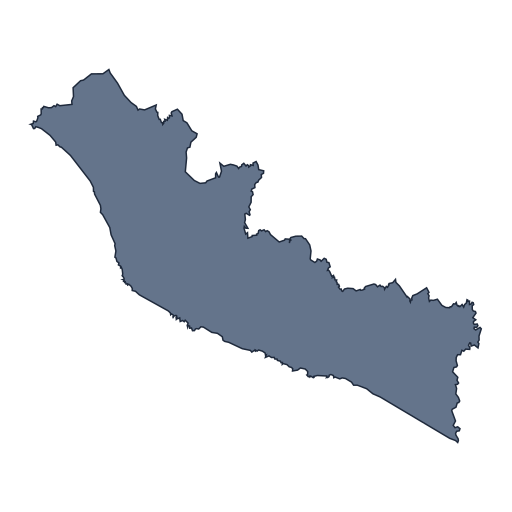 the district of Aquila, Michoacán, Mexico
{"feature_id": "50627088B41221510425691", "entity_name": "Aquila", "entity_type": "district", "adm_level": 2, "iso_a3": "MEX", "parent_name": "Mexico", "parent_adm1": "Michoacán", "projection": "equal_earth", "projection_center": [-103.31, 18.385], "detail": "fine", "context": "isolated", "style": "filled", "palette": "slate", "viewbox_px": 512, "rotation_deg": 0, "n_neighbors": 0, "source": "geoboundaries", "source_scale": "gbopen_adm2", "svg_char_len": 6065}
<svg xmlns="http://www.w3.org/2000/svg" viewBox="0 0 512 512"><path d="M459.7,401.0L458.4,397.4L455.8,393.9L456.6,388.5L455.4,384.6L457.5,384.3L458.6,383.0L457.0,380.3L457.8,377.3L452.6,371.8L453.9,367.5L456.5,366.9L457.4,365.5L456.1,360.8L456.2,357.5L457.6,354.7L460.5,354.7L461.9,350.3L463.8,351.2L465.7,349.1L469.7,349.4L469.9,347.8L468.5,345.2L469.8,342.8L470.7,343.1L471.1,346.1L474.4,345.0L478.0,347.9L478.9,343.6L477.8,342.1L479.1,340.1L479.0,336.0L481.3,328.8L480.0,327.4L475.7,330.0L474.0,328.7L474.3,327.1L476.7,327.4L477.9,325.7L477.2,324.0L474.2,324.4L473.4,323.2L473.5,321.5L475.8,319.8L472.8,317.7L476.0,313.1L475.4,311.5L473.3,311.0L472.3,309.5L472.2,305.8L473.7,304.6L473.2,302.7L472.1,302.3L471.0,304.1L469.5,304.5L469.5,301.1L468.0,301.4L467.9,300.2L467.0,299.7L466.3,303.1L464.6,304.5L463.7,307.1L462.1,304.5L459.9,306.7L458.8,305.7L458.3,306.3L457.1,305.3L456.2,302.5L455.2,304.0L453.5,303.8L451.5,306.7L450.1,306.8L449.6,307.7L445.8,307.5L441.9,305.4L437.4,299.2L433.4,300.4L430.8,300.1L429.4,301.4L428.6,297.9L429.1,295.8L427.8,293.6L429.0,292.4L426.6,287.8L417.1,293.9L412.8,295.6L411.7,298.2L412.0,299.9L410.7,300.4L410.4,302.1L409.8,301.0L410.1,299.1L407.4,296.5L407.0,297.0L399.4,285.9L395.9,282.4L395.5,279.4L392.7,282.7L389.1,283.5L388.6,284.4L389.3,285.4L388.7,285.1L387.5,287.3L386.3,286.4L384.6,289.2L384.4,287.7L382.7,286.3L381.1,286.5L380.0,285.1L377.5,286.8L375.6,284.5L373.9,284.0L365.6,286.5L364.2,288.2L364.6,289.1L362.3,290.1L360.7,290.3L360.2,289.5L356.1,290.9L353.1,288.6L347.7,288.2L344.5,289.0L342.7,291.4L341.6,290.8L341.3,289.1L340.1,289.2L338.5,287.1L339.4,286.2L338.6,284.3L337.2,284.4L337.0,282.3L336.2,281.7L336.7,280.0L335.0,279.9L334.5,277.3L333.2,277.5L333.9,276.9L333.5,275.4L331.8,276.4L329.6,271.4L328.6,270.2L327.5,270.4L328.4,268.0L330.2,266.8L328.9,262.6L326.9,262.2L326.2,259.3L324.2,258.3L321.1,261.3L320.1,259.9L317.4,259.0L316.7,261.1L314.9,262.5L310.8,260.0L310.2,258.9L311.0,251.0L309.7,244.9L305.5,238.7L304.0,238.6L301.7,236.1L295.8,236.2L290.9,237.5L290.0,238.7L290.9,240.1L289.7,241.2L289.4,243.1L289.7,240.3L289.1,239.2L285.2,238.9L284.5,240.2L279.2,242.0L270.5,234.6L269.0,231.8L267.2,230.7L265.6,231.6L264.1,229.8L261.5,230.9L260.1,229.8L258.7,230.6L258.1,233.5L256.6,234.1L256.7,235.2L252.2,235.5L252.1,236.6L247.9,238.2L247.5,232.7L245.7,234.1L244.0,228.2L244.3,226.4L245.8,228.2L247.9,228.3L244.6,222.6L245.4,219.5L244.8,214.1L246.2,213.3L249.5,215.3L250.0,214.8L249.1,211.7L250.3,209.7L248.8,206.9L251.1,202.3L251.2,196.7L253.1,194.6L252.5,191.7L251.2,191.2L251.8,189.1L254.9,187.6L254.7,184.5L256.4,182.4L257.8,182.2L258.7,180.1L261.5,177.5L261.3,174.5L263.5,173.3L263.7,170.8L258.7,169.6L258.0,165.1L256.1,161.5L253.0,163.1L253.2,165.4L250.5,164.7L250.6,165.8L248.8,167.0L248.8,165.8L247.3,164.7L246.0,166.0L243.8,163.3L241.7,164.9L241.5,166.5L239.6,167.1L238.6,168.5L236.9,166.1L233.3,164.9L230.4,164.3L223.8,166.3L219.9,163.1L221.5,171.2L219.5,177.1L218.5,177.1L216.4,172.5L215.6,173.8L215.6,177.8L207.0,181.0L205.7,182.8L200.0,183.4L194.3,180.5L185.3,171.8L186.6,158.0L186.1,152.0L187.5,147.9L189.9,147.2L190.9,142.2L196.2,137.3L197.1,133.8L191.8,130.8L186.9,122.8L183.2,120.6L182.0,114.2L177.4,109.2L171.9,111.7L171.2,113.0L172.0,115.9L169.4,115.4L169.4,117.8L168.6,118.4L167.6,117.6L167.3,120.3L164.7,119.3L165.1,121.2L163.6,121.4L163.8,123.1L162.8,124.4L162.6,122.7L161.4,122.6L160.3,119.3L159.2,119.4L157.7,115.6L157.8,112.4L156.9,112.2L155.4,109.0L156.2,105.0L144.6,109.9L139.6,109.0L138.0,110.1L136.4,106.4L131.0,102.5L124.3,95.3L117.5,83.1L110.2,73.0L108.9,69.5L102.9,73.8L91.4,73.9L83.5,80.1L80.6,80.7L73.1,87.7L73.5,96.6L71.7,100.9L72.0,104.4L59.8,105.7L57.1,104.2L55.7,106.6L54.0,105.7L51.5,107.6L48.6,107.8L43.8,106.4L43.4,107.6L42.5,107.6L42.3,108.9L41.1,109.0L41.2,113.7L40.7,114.9L37.7,116.4L37.9,117.8L36.7,121.1L35.9,121.8L33.5,121.1L33.2,123.5L30.7,124.3L31.6,124.6L33.5,128.6L34.7,128.5L35.8,126.7L38.6,127.5L41.5,128.7L50.1,135.4L55.7,142.1L56.1,145.2L57.8,144.8L60.2,147.0L61.3,147.1L70.5,155.5L90.2,181.0L93.4,187.3L93.5,191.4L94.4,191.8L94.6,194.1L100.4,205.3L100.9,208.9L100.4,212.3L102.7,214.7L109.8,227.6L111.1,234.8L115.1,243.7L114.7,245.6L115.9,251.0L114.9,257.2L116.0,258.0L116.9,261.4L118.9,262.9L118.4,264.9L120.6,266.1L120.6,267.8L121.3,267.3L122.2,269.4L122.7,273.6L122.5,275.3L122.1,275.6L122.0,276.0L121.9,276.0L122.9,276.3L124.1,278.4L123.9,279.5L122.9,279.6L124.1,280.2L123.6,281.4L125.1,281.6L124.8,282.6L125.7,282.9L126.1,284.1L127.5,283.8L127.7,285.0L128.9,284.3L131.1,286.3L132.3,288.5L132.2,290.5L135.5,291.3L139.3,294.8L168.1,310.8L170.3,312.8L170.7,314.7L171.4,313.9L173.0,314.8L173.5,316.2L172.9,316.9L173.1,317.4L174.2,315.8L176.0,315.4L176.8,316.1L176.1,317.3L176.3,319.3L177.4,318.1L177.8,318.7L179.7,317.9L180.2,321.5L182.6,320.5L184.2,321.7L185.2,320.2L188.1,323.1L187.2,325.4L187.7,327.3L188.3,325.5L189.6,326.1L189.7,328.2L191.5,328.0L192.5,330.7L194.5,330.6L195.4,329.0L196.6,328.6L198.7,329.0L200.9,326.8L203.4,327.1L211.8,332.4L217.4,333.3L222.3,336.7L223.0,340.2L224.7,341.4L228.7,342.3L242.3,348.7L250.4,350.4L251.8,352.1L254.3,350.4L255.3,351.0L255.3,350.0L257.1,351.1L258.6,350.0L262.5,351.2L265.1,353.0L265.5,355.1L266.3,354.8L265.4,357.4L269.0,355.9L271.5,357.5L274.2,357.4L274.8,359.0L277.1,359.1L277.4,360.4L280.4,361.2L281.1,362.7L282.4,362.5L282.3,364.3L283.1,363.6L287.0,364.6L289.2,366.8L291.4,367.4L292.7,368.7L292.5,371.0L297.6,370.1L300.4,368.0L305.2,369.0L307.7,371.5L307.6,374.6L306.8,375.0L308.3,376.7L309.7,376.1L309.9,377.0L310.9,376.2L313.3,377.7L314.0,377.4L313.8,376.4L317.3,375.5L326.7,376.0L326.5,377.3L327.1,376.8L327.7,377.5L329.0,376.6L329.2,375.2L330.9,374.5L333.4,375.5L333.8,377.7L335.0,377.0L339.8,378.9L342.2,377.9L345.5,378.5L351.5,382.1L353.6,385.2L357.3,385.2L366.6,388.7L372.9,393.8L380.2,397.0L449.8,438.4L455.5,440.5L457.7,442.5L458.4,440.6L458.1,438.7L455.9,435.1L455.6,433.3L456.6,431.3L459.3,430.8L460.0,428.7L457.7,426.8L455.0,427.7L453.2,425.4L455.5,421.0L451.7,410.6L452.3,409.2L456.0,407.2L457.2,403.0L458.8,402.5L459.7,401.0Z" fill="#64748b" stroke="#1e293b" stroke-width="1.5"/></svg>